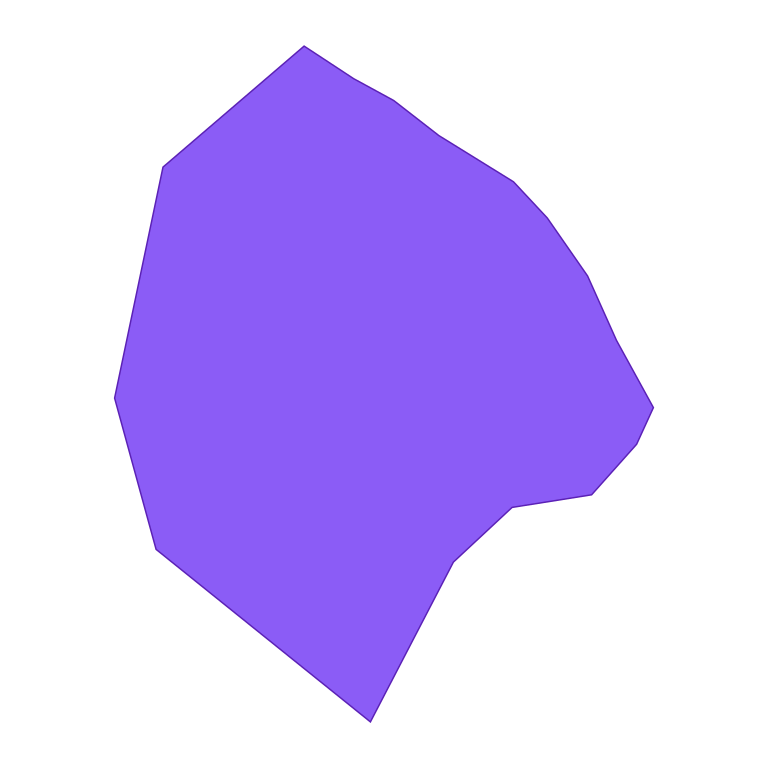 Ciudad de Buenos Aires, Mercator projection
{"feature_id": "ARG-5493", "entity_name": "Ciudad de Buenos Aires", "entity_type": "Federal District", "adm_level": 1, "iso_a3": "ARG", "parent_name": "Argentina", "parent_adm1": "", "projection": "mercator", "projection_center": [-58.418, -34.648], "detail": "fine", "context": "isolated", "style": "filled", "palette": "violet", "viewbox_px": 768, "rotation_deg": 0, "n_neighbors": 0, "source": "natural_earth", "source_scale": "10m", "svg_char_len": 345}
<svg xmlns="http://www.w3.org/2000/svg" viewBox="0 0 768 768"><path d="M304.1,46.1L353.7,78.7L393.7,100.5L438.9,135.6L513.5,181.8L547.3,218.0L587.6,276.0L616.5,340.4L653.4,407.6L636.6,444.3L591.6,494.8L512.1,507.4L453.4,562.1L370.4,721.9L156.1,549.4L114.6,398.1L163.0,167.1L304.1,46.1Z" fill="#8b5cf6" stroke="#5b21b6" stroke-width="1.5"/></svg>